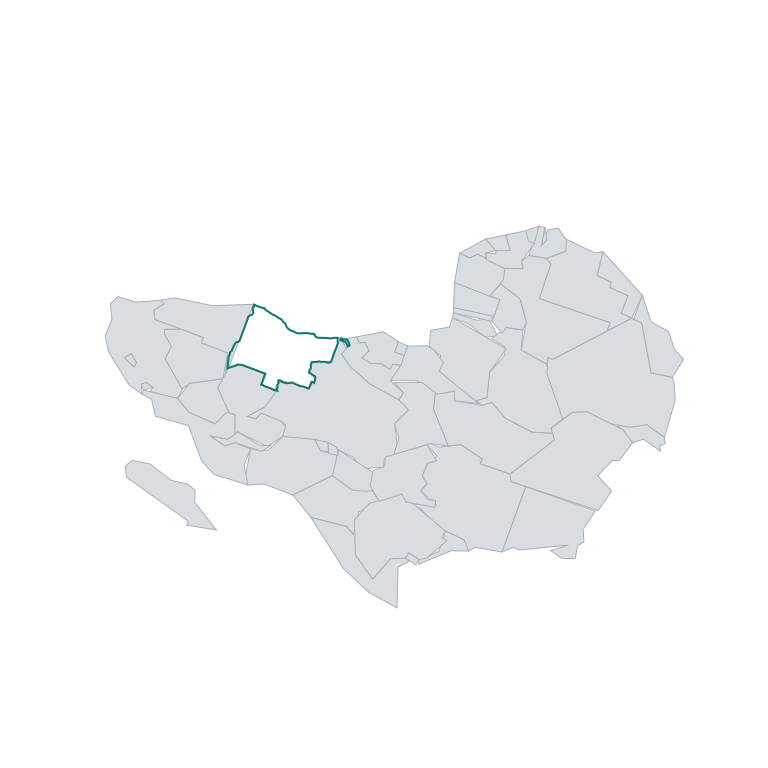 location of Angola within Africa, rotated 110°
{"feature_id": "AGO", "entity_name": "Angola", "entity_type": "country or territory", "adm_level": 0, "iso_a3": "AGO", "parent_name": "Africa", "parent_adm1": "", "projection": "equal_earth", "projection_center": [17.424, -11.224], "detail": "medium", "context": "in_parent", "style": "outline", "palette": "teal", "viewbox_px": 768, "rotation_deg": 110, "n_neighbors": 49, "source": "natural_earth", "source_scale": "50m", "svg_char_len": 11929}
<svg xmlns="http://www.w3.org/2000/svg" viewBox="0 0 768 768"><g transform="rotate(110 384 384)"><path d="M487.6,401.1L519.6,431.6L519.0,462.6L525.5,477.5L520.6,482.2L490.6,487.2L486.0,470.2L468.0,461.4L461.4,446.6L459.8,430.1L468.4,420.8L466.5,402.6L487.6,401.1Z" fill="#d9dde1" stroke="#a8b0b8" stroke-width="1"/><path d="M237.5,173.7L236.6,185.4L217.7,185.0L216.2,204.9L210.7,205.6L209.2,220.9L184.7,223.5L212.3,171.6L237.5,173.7Z" fill="#d9dde1" stroke="#a8b0b8" stroke-width="1"/><path d="M459.8,430.1L468.0,461.4L455.9,462.9L453.4,489.5L460.8,492.6L461.1,501.3L446.1,488.0L416.0,483.7L413.6,452.9L403.7,450.1L397.2,458.6L387.8,459.2L380.9,441.4L355.8,440.6L364.3,430.1L370.3,434.0L378.9,422.2L388.8,396.8L394.3,358.9L399.9,352.2L417.8,360.4L437.4,350.3L447.8,350.5L454.3,358.2L462.1,355.7L471.0,375.3L463.2,388.4L459.8,430.1Z" fill="#d9dde1" stroke="#a8b0b8" stroke-width="1"/><path d="M534.3,407.1L530.5,370.5L537.4,358.7L554.5,352.4L571.1,327.9L546.0,318.3L539.0,307.1L542.3,299.8L551.4,308.1L590.0,295.3L584.9,327.3L571.4,358.8L534.3,407.1Z" fill="#d9dde1" stroke="#a8b0b8" stroke-width="1"/><path d="M519.6,431.6L487.6,401.1L494.5,377.7L488.1,358.6L495.9,348.3L513.1,363.9L535.8,361.3L530.5,370.5L534.3,407.1L519.6,431.6Z" fill="#d9dde1" stroke="#a8b0b8" stroke-width="1"/><path d="M430.7,326.1L426.1,322.5L424.0,320.2L424.5,311.0L414.6,290.7L420.9,265.8L426.1,266.4L425.4,231.4L432.2,231.4L431.9,215.6L501.5,215.6L506.3,242.4L512.0,247.3L503.1,255.6L500.5,282.9L488.9,306.6L487.5,322.4L479.6,293.5L471.5,313.2L463.3,309.3L457.2,316.6L443.8,316.0L433.6,309.5L426.6,322.9L430.7,326.1Z" fill="#d9dde1" stroke="#a8b0b8" stroke-width="1"/><path d="M425.4,234.7L426.1,266.4L420.9,265.8L414.6,290.7L420.3,302.4L390.8,328.9L374.6,332.7L366.6,315.4L375.7,311.8L370.6,284.7L364.3,276.4L374.6,258.3L378.6,228.3L372.5,208.9L378.4,204.6L425.4,234.7Z" fill="#d9dde1" stroke="#a8b0b8" stroke-width="1"/><path d="M381.4,622.0L384.1,618.2L393.5,625.6L401.7,621.1L401.9,592.6L407.5,608.6L411.6,607.8L421.7,596.5L435.2,598.2L457.9,571.7L468.2,573.0L471.9,589.5L470.9,601.0L466.3,600.1L463.9,607.9L467.2,612.1L476.3,607.9L472.0,623.3L448.1,653.6L434.1,662.4L416.2,661.8L402.2,668.6L392.8,663.8L392.0,645.3L381.4,622.0ZM453.5,624.9L448.4,624.1L442.0,631.9L448.1,636.9L453.5,624.9Z" fill="#d9dde1" stroke="#a8b0b8" stroke-width="1"/><path d="M453.5,624.9L448.1,636.9L442.0,631.9L448.4,624.1L453.5,624.9Z" fill="#d9dde1" stroke="#a8b0b8" stroke-width="1"/><path d="M468.2,573.0L449.8,567.0L434.1,537.2L444.6,538.8L464.2,519.4L479.3,529.1L477.3,557.6L468.2,573.0Z" fill="#d9dde1" stroke="#a8b0b8" stroke-width="1"/><path d="M457.9,571.7L435.2,598.2L421.7,596.5L411.6,607.8L407.5,608.6L401.9,592.6L402.0,569.8L407.8,569.5L408.2,541.3L434.1,537.2L449.8,567.0L457.9,571.7Z" fill="#d9dde1" stroke="#a8b0b8" stroke-width="1"/><path d="M402.0,569.8L401.7,621.1L393.5,625.6L384.1,618.2L381.4,622.0L374.8,610.6L369.0,571.9L353.7,533.8L433.0,536.0L408.2,541.3L407.8,569.5L402.0,569.8Z" fill="#d9dde1" stroke="#a8b0b8" stroke-width="1"/><path d="M183.0,282.6L178.0,273.5L187.8,259.6L197.0,258.5L210.6,274.4L213.7,291.9L182.7,292.4L182.0,286.2L200.1,283.3L183.0,282.6Z" fill="#d9dde1" stroke="#a8b0b8" stroke-width="1"/><path d="M213.7,291.9L210.6,274.4L213.9,268.2L250.5,267.3L249.0,192.5L257.9,192.4L303.3,233.8L303.2,238.9L309.7,238.1L305.3,266.7L277.1,271.5L259.1,283.6L250.0,308.7L234.1,310.0L228.0,293.0L221.7,296.8L213.7,291.9Z" fill="#d9dde1" stroke="#a8b0b8" stroke-width="1"/><path d="M184.7,223.5L209.2,220.9L210.7,205.6L216.2,204.9L217.7,185.0L236.6,185.4L237.5,173.7L257.9,192.4L249.0,192.5L250.5,267.3L213.9,268.2L210.6,274.4L197.0,258.5L185.6,262.2L188.8,230.7L184.7,223.5Z" fill="#d9dde1" stroke="#a8b0b8" stroke-width="1"/><path d="M298.3,342.2L293.3,343.1L292.4,318.8L287.2,307.9L300.0,293.6L305.5,305.7L298.7,323.8L298.3,342.2Z" fill="#d9dde1" stroke="#a8b0b8" stroke-width="1"/><path d="M372.5,208.9L378.6,228.3L374.6,258.3L364.3,276.4L370.6,284.7L368.1,291.6L361.5,282.6L337.1,288.8L315.8,280.4L307.7,283.1L304.5,298.2L289.1,288.6L285.7,271.9L305.3,266.7L309.7,238.1L355.9,204.1L368.3,211.8L372.5,208.9Z" fill="#d9dde1" stroke="#a8b0b8" stroke-width="1"/><path d="M298.3,342.2L309.3,281.4L337.1,288.8L361.5,282.6L370.4,294.8L353.2,336.3L337.9,340.6L333.4,354.3L317.6,358.5L308.2,342.1L298.3,342.2Z" fill="#d9dde1" stroke="#a8b0b8" stroke-width="1"/><path d="M370.0,288.6L375.7,311.8L366.6,315.4L375.5,330.5L369.7,354.6L378.5,379.2L340.3,374.6L333.3,356.5L335.0,348.5L343.3,335.8L353.2,336.3L370.0,288.6Z" fill="#d9dde1" stroke="#a8b0b8" stroke-width="1"/><path d="M288.1,303.6L293.3,343.1L288.4,344.8L282.3,306.0L288.1,303.6Z" fill="#d9dde1" stroke="#a8b0b8" stroke-width="1"/><path d="M282.8,303.4L288.4,344.8L264.6,352.5L264.9,303.9L282.8,303.4Z" fill="#d9dde1" stroke="#a8b0b8" stroke-width="1"/><path d="M234.1,310.0L245.2,307.5L265.4,314.6L264.6,352.5L235.1,357.6L236.1,346.7L229.9,340.4L234.1,310.0Z" fill="#d9dde1" stroke="#a8b0b8" stroke-width="1"/><path d="M200.7,290.8L221.7,296.8L228.0,293.0L234.1,310.0L232.1,330.5L226.4,333.6L223.3,323.6L218.8,325.1L215.5,311.3L202.3,320.6L191.6,303.3L200.7,290.8Z" fill="#d9dde1" stroke="#a8b0b8" stroke-width="1"/><path d="M182.7,292.4L200.7,290.8L200.2,297.0L191.6,303.3L182.7,292.4Z" fill="#d9dde1" stroke="#a8b0b8" stroke-width="1"/><path d="M231.1,330.5L229.9,340.4L236.1,346.7L235.1,357.6L212.8,337.9L220.4,324.7L226.4,333.6L231.1,330.5Z" fill="#d9dde1" stroke="#a8b0b8" stroke-width="1"/><path d="M202.3,320.6L215.5,311.3L220.4,324.7L212.8,337.9L202.3,320.6Z" fill="#d9dde1" stroke="#a8b0b8" stroke-width="1"/><path d="M250.0,308.7L257.4,285.6L277.1,271.5L285.7,271.9L289.1,288.6L296.0,290.4L288.1,303.6L264.9,303.9L265.4,314.6L250.0,308.7Z" fill="#d9dde1" stroke="#a8b0b8" stroke-width="1"/><path d="M447.8,350.5L429.9,351.5L417.8,360.4L399.9,352.2L393.8,364.6L385.8,362.8L379.0,374.8L369.6,348.7L374.6,332.7L390.8,328.9L420.3,302.4L424.0,320.2L447.8,350.5Z" fill="#d9dde1" stroke="#a8b0b8" stroke-width="1"/><path d="M393.8,364.6L388.8,396.8L378.9,422.2L370.3,434.0L358.4,429.6L354.1,434.5L349.1,425.9L353.7,421.3L351.4,415.9L358.1,409.3L366.7,413.5L369.3,404.2L365.8,393.0L368.4,383.5L362.4,382.6L361.1,374.8L378.5,379.2L385.8,362.8L393.8,364.6Z" fill="#d9dde1" stroke="#a8b0b8" stroke-width="1"/><path d="M350.2,374.8L360.4,374.3L362.4,382.6L368.4,383.5L365.8,393.0L369.3,404.2L366.7,413.5L358.1,409.3L351.4,415.9L353.7,421.3L349.1,425.9L335.1,402.4L339.4,385.0L350.3,384.7L350.2,374.8Z" fill="#d9dde1" stroke="#a8b0b8" stroke-width="1"/><path d="M340.3,374.6L350.2,374.8L350.3,384.7L339.4,385.0L340.3,374.6Z" fill="#d9dde1" stroke="#a8b0b8" stroke-width="1"/><path d="M468.0,461.4L482.9,472.3L479.0,505.0L482.1,507.0L463.8,513.7L464.2,519.4L444.6,538.8L421.9,535.5L414.1,524.0L414.6,498.4L427.1,498.5L426.6,482.4L446.1,488.0L461.1,501.3L460.8,492.6L453.4,489.5L454.1,468.1L457.5,462.0L468.0,461.4Z" fill="#d9dde1" stroke="#a8b0b8" stroke-width="1"/><path d="M480.1,468.7L489.1,476.2L490.2,503.9L496.7,512.2L492.3,529.8L489.4,512.2L479.0,505.0L484.3,479.2L480.1,468.7Z" fill="#d9dde1" stroke="#a8b0b8" stroke-width="1"/><path d="M490.6,487.2L508.1,487.6L525.5,477.5L527.1,512.8L518.6,529.1L490.0,553.5L492.5,587.6L477.8,597.2L476.3,607.9L471.9,607.9L468.2,573.0L477.3,557.6L479.3,529.1L464.5,522.4L463.8,513.7L482.1,507.0L489.4,512.2L492.3,529.8L496.7,512.2L490.2,503.9L490.6,487.2Z" fill="#d9dde1" stroke="#a8b0b8" stroke-width="1"/><path d="M471.9,607.9L467.2,612.1L463.9,607.9L466.3,600.1L471.9,607.9Z" fill="#d9dde1" stroke="#a8b0b8" stroke-width="1"/><path d="M466.7,413.1L468.4,420.8L459.8,430.1L458.0,416.5L466.7,413.1Z" fill="#d9dde1" stroke="#a8b0b8" stroke-width="1"/><path d="M578.5,491.5L584.1,521.0L579.9,521.0L559.7,594.0L549.5,599.1L541.9,594.4L539.1,577.1L547.3,550.7L545.2,534.6L548.5,525.1L559.8,521.6L578.5,491.5Z" fill="#d9dde1" stroke="#a8b0b8" stroke-width="1"/><path d="M182.0,286.2L192.9,280.3L200.1,283.3L182.0,286.2Z" fill="#d9dde1" stroke="#a8b0b8" stroke-width="1"/><path d="M342.5,151.5L332.4,123.1L338.2,102.3L344.2,99.4L347.8,103.9L352.5,101.2L347.1,121.4L354.3,130.3L342.5,151.5Z" fill="#d9dde1" stroke="#a8b0b8" stroke-width="1"/><path d="M237.5,173.7L238.5,162.6L282.2,136.8L279.0,115.3L284.7,111.3L299.9,104.8L338.2,102.3L332.4,123.1L340.5,138.0L344.1,158.2L340.7,183.7L346.1,197.0L355.9,204.1L318.2,234.6L303.2,238.9L303.3,233.8L237.5,173.7Z" fill="#d9dde1" stroke="#a8b0b8" stroke-width="1"/><path d="M501.2,276.0L503.1,255.6L512.0,247.3L517.8,263.9L541.5,289.8L537.2,291.1L522.7,275.2L501.2,276.0Z" fill="#d9dde1" stroke="#a8b0b8" stroke-width="1"/><path d="M212.3,171.6L234.2,154.3L237.5,134.5L252.0,123.0L258.6,110.9L279.0,115.3L282.2,136.8L238.5,162.6L237.8,171.6L212.3,171.6Z" fill="#d9dde1" stroke="#a8b0b8" stroke-width="1"/><path d="M501.5,215.6L431.9,215.6L431.2,142.0L452.5,147.2L464.0,142.1L469.8,146.8L482.7,144.6L487.2,157.6L483.5,170.4L472.3,155.6L493.9,200.5L493.2,207.0L501.5,215.6Z" fill="#d9dde1" stroke="#a8b0b8" stroke-width="1"/><path d="M429.7,139.5L432.2,231.4L425.4,234.7L378.4,204.6L368.3,211.8L346.1,197.0L340.7,183.7L345.3,143.4L354.3,130.3L375.3,136.8L377.9,143.4L397.0,151.8L406.8,133.5L429.7,139.5Z" fill="#d9dde1" stroke="#a8b0b8" stroke-width="1"/><path d="M571.1,327.9L554.5,352.4L521.9,365.3L501.2,356.9L481.4,329.7L501.2,276.0L508.2,277.6L509.9,271.6L532.4,283.8L537.2,291.1L534.0,303.2L540.2,304.2L546.0,318.3L571.1,327.9Z" fill="#d9dde1" stroke="#a8b0b8" stroke-width="1"/><path d="M537.2,291.1L543.1,292.3L540.2,304.2L534.0,303.2L537.2,291.1Z" fill="#d9dde1" stroke="#a8b0b8" stroke-width="1"/><path d="M487.6,401.1L461.4,404.3L471.4,362.4L488.1,358.6L491.0,364.2L494.5,377.7L487.6,401.1Z" fill="#d9dde1" stroke="#a8b0b8" stroke-width="1"/><path d="M466.5,402.6L468.5,412.0L458.0,416.5L459.6,406.6L466.5,402.6Z" fill="#d9dde1" stroke="#a8b0b8" stroke-width="1"/><path d="M468.9,364.6L462.1,355.7L451.6,357.3L426.6,322.9L438.0,308.4L443.8,316.0L457.2,316.6L463.3,309.3L471.5,313.2L477.7,302.9L475.6,295.7L482.4,294.0L487.5,322.4L481.4,329.7L495.9,348.3L484.4,362.3L468.9,364.6Z" fill="#d9dde1" stroke="#a8b0b8" stroke-width="1"/><path d="M426.9,482.0L427.4,486.3L426.9,488.2L426.8,492.1L427.0,494.5L426.3,497.6L426.8,499.1L414.9,499.2L414.7,523.0L415.0,525.4L415.7,528.1L417.5,529.9L422.9,536.5L411.2,539.3L409.4,539.0L407.2,539.5L406.5,539.3L405.1,538.4L400.7,538.3L396.6,537.8L395.2,537.0L393.8,534.9L393.3,534.5L369.7,534.4L367.3,534.6L366.8,534.5L365.4,533.2L364.1,531.7L361.8,531.1L358.6,533.0L356.6,533.0L356.0,532.7L355.4,532.7L354.7,533.2L353.8,533.3L354.2,529.0L354.0,523.2L353.7,522.0L354.6,521.1L355.3,519.4L355.6,517.3L356.8,512.4L357.3,507.6L358.1,505.3L358.3,502.7L360.4,499.4L360.9,497.4L363.5,495.3L364.6,493.4L365.1,492.1L365.7,489.6L365.6,487.0L366.0,483.5L365.9,482.5L365.3,481.1L365.2,480.1L364.1,478.3L363.9,477.0L362.9,474.9L362.6,473.5L362.1,472.5L361.8,470.0L360.8,467.2L360.8,466.7L361.1,466.2L361.4,466.0L361.1,466.9L363.0,464.3L363.1,461.7L359.9,452.4L359.7,450.1L357.9,447.2L356.4,443.4L356.5,443.1L359.5,442.4L361.1,441.3L361.8,441.2L362.6,441.4L366.7,441.2L369.2,441.5L380.8,441.3L381.5,441.5L382.2,442.1L383.1,443.7L383.4,447.4L384.5,450.0L384.8,451.0L384.7,451.8L384.9,452.6L385.9,454.3L388.2,459.3L388.5,459.5L390.5,459.2L391.1,459.5L392.2,458.9L394.4,458.1L396.7,458.7L399.1,458.4L399.3,455.9L400.0,454.4L400.0,452.8L400.3,451.7L401.1,450.8L402.4,450.4L406.7,449.9L406.4,452.0L406.8,452.8L413.9,453.1L414.3,453.9L413.9,457.6L414.0,459.6L414.6,461.4L414.6,464.3L414.0,470.6L414.3,471.6L415.7,473.8L416.3,475.3L416.8,477.0L416.9,480.5L416.8,481.3L416.3,481.7L416.2,482.2L416.4,484.0L416.8,484.6L417.0,484.6L418.5,483.5L421.6,483.7L423.9,482.8L426.1,483.1L426.5,482.9L426.7,482.2L426.9,482.0ZM361.1,431.2L359.7,432.0L358.3,434.0L357.4,434.8L357.8,435.4L357.7,439.9L356.0,440.4L355.6,439.4L355.9,438.0L355.7,436.9L354.8,434.2L355.9,432.4L356.5,432.3L357.0,431.1L358.5,430.4L359.5,429.5L360.0,429.7L361.1,431.2Z" fill="none" stroke="#0f766e" stroke-width="2"/></g></svg>